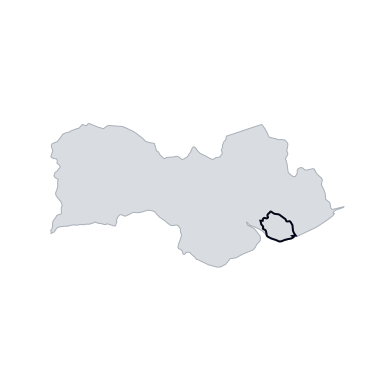 where Pomeroon-Supenaam sits in Guyana, rotated 110°
{"feature_id": "GUY-680", "entity_name": "Pomeroon-Supenaam", "entity_type": "Region", "adm_level": 1, "iso_a3": "GUY", "parent_name": "Guyana", "parent_adm1": "", "projection": "robinson", "projection_center": [-58.872, 7.19], "detail": "fine", "context": "in_parent", "style": "outline", "palette": "ink", "viewbox_px": 384, "rotation_deg": 110, "n_neighbors": 0, "source": "natural_earth", "source_scale": "10m", "svg_char_len": 4866}
<svg xmlns="http://www.w3.org/2000/svg" viewBox="0 0 384 384"><g transform="rotate(110 192 192)"><path d="M127.8,178.8L120.3,169.3L112.7,159.8L105.3,150.4L104.8,149.1L107.9,144.7L110.7,141.5L113.0,139.6L114.1,138.0L113.3,131.2L113.3,128.7L112.2,126.0L111.4,123.0L112.4,120.4L113.5,118.7L115.0,118.0L118.4,117.4L120.9,117.1L121.8,116.1L123.2,115.0L125.0,114.9L128.7,115.7L130.4,114.2L133.4,112.1L140.2,108.6L141.7,106.3L142.8,102.7L142.6,101.0L142.0,100.3L140.3,99.8L137.7,99.7L135.6,100.6L133.5,100.1L131.7,97.9L131.6,96.0L132.7,93.5L132.1,91.7L128.7,86.3L128.7,84.8L131.2,82.3L132.6,80.3L134.5,75.3L136.0,73.6L140.7,73.0L141.9,72.0L144.3,69.3L147.9,66.3L153.1,63.9L154.6,59.6L155.5,58.4L159.6,56.1L160.3,54.8L160.2,53.8L153.6,43.9L154.9,44.6L160.0,51.0L162.9,52.4L163.5,52.4L163.5,50.8L166.1,51.5L172.8,55.8L182.6,63.1L196.4,76.7L200.3,81.9L202.9,84.4L207.1,90.3L208.2,93.3L208.1,104.8L204.5,112.7L203.6,118.6L203.4,126.4L201.3,130.9L204.1,128.5L205.0,121.4L207.4,117.1L210.5,112.4L214.6,111.2L219.1,113.3L222.7,113.6L225.8,115.0L232.6,122.6L239.1,128.5L241.5,133.3L248.5,135.7L252.7,139.5L254.0,142.8L254.8,151.3L253.5,164.2L253.8,164.9L252.0,167.4L251.6,169.0L250.4,171.9L249.4,173.5L250.8,177.0L252.4,177.2L253.0,177.6L253.4,178.3L253.3,179.1L252.7,179.8L251.2,180.6L249.8,182.7L249.9,185.0L249.0,186.2L246.1,186.8L240.5,186.8L237.7,186.9L235.5,187.3L234.1,188.8L232.2,189.8L230.8,190.1L229.5,191.8L228.2,194.2L228.6,195.9L229.9,198.1L230.7,200.3L229.7,204.0L228.6,206.8L227.9,209.0L227.0,213.2L224.9,217.7L223.3,220.3L223.3,223.2L224.1,227.2L228.5,233.0L230.0,235.8L231.2,240.3L235.2,243.9L237.7,246.7L237.5,250.5L237.8,251.7L239.4,252.6L241.3,253.3L243.4,253.3L245.2,253.0L245.7,252.4L250.0,252.4L250.5,253.3L250.8,258.7L250.9,260.9L252.0,261.8L252.6,263.2L252.6,264.4L252.8,267.4L253.5,269.0L253.4,272.3L253.8,273.5L255.0,274.3L256.5,276.6L257.1,276.9L257.4,277.7L258.7,281.0L259.3,282.0L259.8,282.2L260.0,283.3L260.9,286.4L261.6,287.2L262.8,289.5L263.3,291.9L264.9,294.7L266.5,296.7L267.2,298.7L269.3,303.2L271.4,306.4L274.1,307.2L276.4,307.7L277.8,308.9L279.2,310.2L277.7,310.8L276.4,311.6L274.5,311.0L271.9,311.3L269.2,312.2L266.7,312.6L261.9,311.2L260.5,311.0L259.5,310.4L257.5,307.6L256.6,307.3L254.1,308.6L251.0,309.5L249.5,309.3L247.8,310.3L246.2,311.5L243.0,317.0L241.4,318.9L239.7,319.8L236.2,319.8L232.5,320.0L229.8,321.3L227.2,321.9L225.9,322.0L225.4,325.0L224.8,326.4L224.0,327.2L222.0,327.4L220.2,327.3L219.1,326.1L217.1,325.5L215.3,325.0L214.1,324.3L213.1,324.5L212.4,325.7L211.7,326.8L211.2,328.7L208.4,329.4L207.3,330.5L207.9,334.1L207.6,335.6L207.1,336.7L203.7,336.9L200.9,336.8L199.3,338.2L197.3,339.8L196.0,340.1L194.6,340.0L192.7,338.1L190.8,335.9L186.1,334.3L181.5,333.0L178.4,329.4L177.7,327.7L176.2,326.9L172.6,322.7L170.6,320.0L168.5,319.2L166.0,318.1L166.1,316.1L165.9,314.2L164.8,313.4L163.3,312.9L162.8,311.9L162.9,309.4L163.2,303.0L162.8,296.8L159.5,294.7L158.0,293.2L155.5,284.2L154.3,280.1L154.3,277.0L155.1,268.0L156.1,264.0L158.6,256.2L160.1,253.5L160.2,251.5L160.1,248.9L159.3,243.9L163.7,240.7L165.5,239.4L165.9,237.2L168.2,234.5L169.2,232.0L170.1,229.9L169.9,228.9L168.8,228.3L167.6,226.3L165.1,220.8L164.2,219.7L163.4,218.1L163.8,215.7L164.8,213.0L164.7,211.9L163.2,210.5L160.1,208.1L157.5,207.9L155.5,207.1L152.5,206.9L150.2,206.7L148.9,205.8L149.1,204.3L149.7,203.2L151.7,200.4L153.0,197.4L153.2,194.5L153.6,190.7L154.2,187.4L154.5,183.6L151.4,181.2L150.4,179.1L149.1,177.4L147.7,177.4L145.6,176.6L142.2,178.9L139.6,178.5L137.8,179.4L133.7,179.2L131.0,178.1L127.8,178.8Z" fill="#d9dde1" stroke="#a8b0b8" stroke-width="1"/><path d="M197.5,79.6L198.4,81.7L199.0,82.7L199.1,82.4L198.8,81.4L198.9,81.0L199.3,81.0L200.2,81.4L201.0,82.1L201.7,82.8L202.2,83.6L202.8,84.6L203.6,86.0L204.5,87.2L205.0,88.1L207.8,91.2L208.5,92.5L208.7,93.8L208.4,95.1L208.6,94.8L208.4,96.5L208.6,101.7L208.0,105.9L207.5,106.6L206.8,107.3L206.1,107.5L203.7,109.0L203.0,109.6L202.7,110.1L202.4,112.0L202.3,112.4L202.2,112.8L201.9,112.9L201.6,113.0L201.1,113.0L200.5,113.2L200.1,113.5L199.8,113.8L198.8,115.7L198.5,116.0L198.2,116.2L197.1,116.8L195.6,117.9L195.1,116.4L195.0,116.1L194.9,115.7L194.6,115.7L194.3,115.8L193.8,116.0L193.6,116.0L193.4,116.1L192.9,116.0L192.3,115.8L191.9,115.6L191.7,115.3L191.5,114.7L191.3,113.1L191.3,112.9L190.9,112.3L190.0,111.9L189.6,112.0L189.4,112.2L188.7,112.9L188.5,113.0L188.3,113.1L188.1,113.2L187.9,113.2L187.4,113.1L187.0,113.1L185.7,112.5L185.5,112.4L185.1,112.1L184.9,112.0L184.0,111.8L183.8,111.7L183.5,111.5L183.4,111.1L183.5,110.4L184.2,107.8L184.2,107.0L184.2,106.6L183.5,103.6L183.4,103.0L183.4,102.5L183.5,101.9L185.5,95.1L185.7,94.8L186.0,94.4L186.9,93.6L187.1,93.3L187.2,92.9L187.2,92.6L187.1,92.3L186.9,91.9L186.3,90.8L186.1,90.5L186.1,90.2L186.1,89.9L186.3,89.4L186.7,88.8L188.8,86.3L189.3,86.0L193.6,84.0L194.4,83.4L195.8,82.0L197.5,79.6Z" fill="none" stroke="#020617" stroke-width="2"/></g></svg>